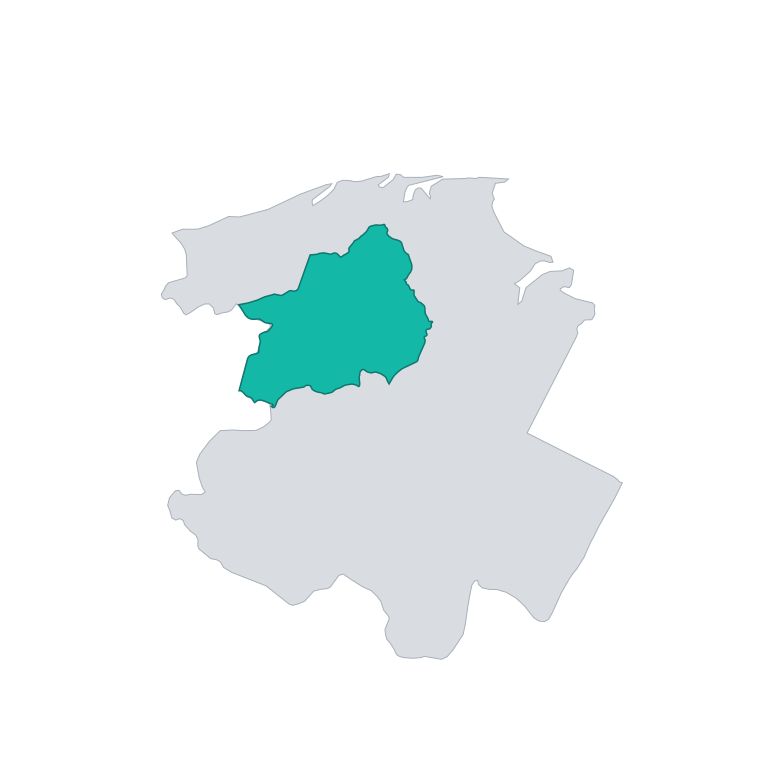 Ngounié highlighted on a map of Gabon, rotated 117°
{"feature_id": "GAB-2622", "entity_name": "Ngounié", "entity_type": "Province", "adm_level": 1, "iso_a3": "GAB", "parent_name": "Gabon", "parent_adm1": "", "projection": "orthographic", "projection_center": [11.097, -1.69], "detail": "fine", "context": "in_parent", "style": "filled", "palette": "teal", "viewbox_px": 768, "rotation_deg": 117, "n_neighbors": 0, "source": "natural_earth", "source_scale": "10m", "svg_char_len": 7253}
<svg xmlns="http://www.w3.org/2000/svg" viewBox="0 0 768 768"><g transform="rotate(117 384 384)"><path d="M524.8,138.3L524.4,144.1L517.9,158.2L514.8,169.1L514.1,180.8L515.9,190.1L519.1,196.8L521.1,204.0L519.5,209.1L516.4,211.3L518.5,213.8L523.3,214.4L531.4,212.2L543.9,208.4L560.3,202.8L571.1,199.8L588.8,201.7L598.3,203.9L603.2,207.8L608.4,224.5L611.1,227.0L615.4,234.1L619.0,242.7L619.7,247.0L619.3,250.1L615.7,254.7L611.7,261.5L610.2,265.6L606.8,268.6L602.5,271.6L590.7,272.8L588.8,274.6L585.5,281.8L579.3,287.9L576.4,293.7L573.9,301.4L574.4,311.0L573.1,324.7L571.9,334.1L575.0,337.3L589.2,339.6L591.9,341.5L595.7,347.2L600.5,352.6L613.5,356.1L618.5,360.2L622.6,364.8L623.2,368.5L620.2,383.4L617.4,397.8L618.5,408.7L619.5,419.1L621.0,434.3L620.3,443.6L616.7,449.3L616.6,453.7L618.3,459.0L615.0,473.8L612.9,476.3L607.1,479.1L604.1,483.0L603.1,489.3L599.9,497.8L596.7,500.9L596.7,504.9L599.8,507.8L599.7,512.2L593.9,517.5L590.4,521.6L582.7,523.5L573.9,521.4L571.8,518.5L573.9,513.9L573.2,510.2L570.1,506.4L565.4,496.4L561.3,494.3L558.9,498.4L551.7,505.9L539.0,515.6L530.1,516.3L513.7,513.4L499.9,508.7L493.4,497.4L489.4,488.0L483.5,477.1L476.9,471.9L469.8,468.6L466.7,468.4L456.6,474.5L453.6,476.9L453.6,481.9L454.5,486.7L456.1,489.0L457.4,492.0L457.2,496.8L455.4,503.1L454.7,510.1L423.1,516.9L417.7,514.4L413.7,511.3L408.9,511.8L395.2,515.4L390.2,512.9L385.1,511.1L382.9,512.6L382.6,515.6L385.0,532.0L384.2,538.3L381.1,546.5L379.5,552.0L387.9,553.6L390.9,556.1L393.9,560.3L397.9,564.1L398.2,566.5L393.6,570.8L392.0,576.1L394.2,580.2L399.9,584.5L408.2,589.0L412.3,591.9L411.9,594.6L408.0,600.3L406.5,605.2L403.9,609.5L404.4,613.6L408.2,617.3L407.8,620.7L405.2,623.2L400.1,622.7L395.7,623.0L391.7,622.0L379.4,609.0L376.7,608.6L358.9,618.6L354.4,622.7L350.8,628.6L345.8,641.4L337.7,634.0L330.7,620.4L322.5,612.0L305.3,598.5L300.8,588.6L281.1,566.6L252.8,544.7L232.4,525.7L229.3,521.5L232.7,522.0L252.5,531.5L255.1,530.4L257.4,528.3L248.9,523.3L240.8,519.4L233.1,517.0L225.5,517.2L221.2,513.2L218.4,507.0L217.0,501.8L213.6,496.3L202.8,485.1L200.2,480.7L194.2,474.7L197.8,474.0L209.4,479.6L210.5,477.4L209.5,474.0L197.8,468.6L191.5,468.3L190.0,464.5L190.9,460.1L182.5,443.7L173.8,431.4L172.5,425.5L195.9,452.3L199.0,452.7L203.1,452.5L212.8,449.5L210.9,445.9L206.6,442.1L202.3,443.8L196.8,444.2L193.9,442.6L192.6,439.9L198.1,426.9L195.8,427.5L194.0,429.8L191.0,430.9L186.3,431.6L174.8,424.7L164.6,405.9L161.9,402.0L159.2,395.5L156.5,392.8L144.8,366.1L149.3,368.1L154.6,375.8L165.0,374.2L169.0,369.7L172.5,369.9L176.2,368.8L180.7,364.6L194.0,346.2L197.5,321.9L196.3,307.5L194.4,293.2L198.8,288.7L200.5,291.7L201.4,296.8L203.4,300.5L208.2,303.9L216.9,304.8L230.5,310.1L235.4,313.4L236.7,306.7L252.3,300.9L247.6,298.9L233.7,301.2L214.6,292.6L208.3,287.1L202.4,276.8L196.3,271.4L196.7,266.6L210.4,262.1L214.0,262.6L215.5,267.9L219.2,270.1L220.6,269.4L221.2,264.8L221.2,252.6L217.1,235.0L218.3,231.7L222.1,230.5L225.4,228.1L227.8,227.7L232.4,228.1L234.7,232.2L236.0,234.4L240.6,235.5L244.5,237.6L247.8,237.0L250.5,234.5L254.6,234.0L267.0,234.0L278.3,234.0L300.8,234.1L323.3,234.2L345.9,234.2L362.8,234.3L362.7,224.3L362.7,208.8L362.6,190.6L362.5,173.1L362.4,156.9L362.2,137.7L363.2,132.2L364.3,130.0L363.9,126.8L381.3,126.6L412.8,128.0L426.6,127.8L430.5,128.1L447.7,127.1L461.6,128.4L467.6,129.7L472.9,130.4L489.6,131.2L511.4,130.2L518.8,130.5L522.9,133.1L524.8,138.3Z" fill="#d9dde1" stroke="#a8b0b8" stroke-width="1"/><path d="M455.1,474.4L454.1,473.4L453.2,473.1L452.8,474.3L453.5,483.2L454.2,486.5L456.0,489.2L459.2,490.7L458.8,492.1L457.3,494.4L456.7,495.7L456.6,496.9L457.2,500.3L456.6,502.7L455.5,505.6L454.9,508.2L455.8,510.1L423.0,517.1L420.4,516.8L417.9,515.1L415.1,511.6L413.6,510.5L412.7,510.0L410.1,511.3L406.6,512.4L403.6,513.0L401.8,513.7L399.0,516.3L397.6,517.1L396.2,517.0L394.7,516.2L391.9,514.0L391.3,513.3L391.0,512.6L390.5,511.9L389.3,511.3L385.1,510.1L382.1,510.0L381.9,510.0L381.2,511.6L383.0,516.5L383.3,518.3L382.7,522.9L382.7,524.3L383.4,526.1L385.5,529.4L386.3,531.3L386.7,533.4L386.7,535.1L386.3,536.8L385.5,538.9L379.5,548.8L379.3,549.4L373.5,541.9L366.9,535.1L360.4,529.8L355.6,524.4L354.0,522.9L353.6,522.2L352.1,516.5L351.7,515.7L351.0,514.9L344.1,510.7L343.5,510.0L343.0,509.3L342.8,508.5L342.6,507.6L342.4,506.8L341.9,506.0L341.3,505.2L340.5,504.5L339.5,504.1L338.3,503.7L302.5,508.4L299.2,503.1L298.0,501.7L297.6,501.5L297.3,501.2L296.9,500.8L294.7,497.5L294.2,496.3L292.7,490.6L292.5,490.2L292.2,489.9L290.7,488.8L290.0,488.0L289.5,487.1L289.2,485.9L289.2,485.0L289.4,484.1L290.4,481.4L290.5,480.6L290.3,479.7L289.4,479.2L287.7,478.6L286.0,477.2L282.5,475.3L281.8,475.3L281.0,475.7L280.2,476.3L279.4,476.7L278.6,476.9L277.7,476.8L271.8,475.4L270.2,475.4L269.3,475.0L268.4,474.2L267.5,473.7L265.7,472.4L263.0,471.7L260.4,470.3L256.3,468.9L254.6,468.7L251.8,468.6L251.1,468.5L250.3,468.2L249.6,467.6L248.8,466.9L246.0,463.5L245.6,462.7L244.6,460.1L244.1,459.3L243.0,457.7L241.8,456.5L241.7,455.8L242.4,455.0L243.2,454.4L243.6,453.6L243.7,452.8L243.9,451.9L244.7,450.9L245.5,450.4L246.3,450.2L247.1,450.2L247.9,450.1L248.6,449.7L249.3,448.6L250.0,446.9L250.5,444.3L250.6,442.8L250.6,441.7L249.7,437.4L249.5,435.8L249.5,434.2L249.8,433.3L250.3,432.4L256.1,426.8L257.3,424.4L257.7,421.1L264.8,413.7L267.3,412.1L268.4,411.7L269.7,411.3L271.8,411.2L273.1,411.3L275.0,411.7L279.9,411.8L280.9,412.4L281.8,413.2L282.4,412.6L282.7,411.8L282.9,411.0L283.3,410.4L284.1,410.0L284.6,409.4L284.8,408.7L284.8,407.9L285.0,407.1L285.5,406.3L286.2,405.6L287.3,404.1L287.7,403.2L287.9,402.4L287.7,401.7L287.2,401.0L286.9,400.4L286.9,400.0L287.0,399.8L287.4,399.4L290.5,398.0L291.2,397.6L291.6,397.1L294.9,391.4L295.1,390.6L294.9,389.0L294.9,388.2L295.2,386.6L295.9,384.0L296.4,383.2L297.2,382.5L301.4,380.0L302.4,379.2L303.2,378.3L305.6,374.7L306.2,374.0L306.9,373.5L307.5,372.9L307.7,372.2L307.5,371.5L306.5,369.9L306.4,369.2L306.9,368.9L308.9,369.3L309.8,368.9L310.4,368.4L311.2,368.0L312.1,367.9L313.3,368.1L314.2,368.4L314.9,369.3L315.3,370.0L316.1,370.6L317.0,370.8L318.1,370.5L318.8,369.9L319.9,368.5L320.6,368.0L321.5,368.0L323.2,369.2L324.0,369.5L324.7,369.1L325.8,367.7L326.5,367.1L327.4,366.8L329.0,366.3L343.9,365.5L347.2,364.7L348.2,364.7L349.3,365.0L362.1,374.8L366.8,377.0L371.7,378.7L374.4,379.1L381.6,379.5L380.1,381.9L377.8,384.5L377.2,385.6L376.8,386.5L376.3,391.3L376.3,392.1L376.6,393.5L376.8,395.5L377.0,396.4L377.3,397.2L377.8,398.0L379.4,399.7L379.6,400.0L379.9,400.5L380.4,402.1L380.6,403.2L380.8,404.8L380.6,406.2L380.3,407.8L380.5,409.2L381.1,410.0L381.9,410.3L383.5,410.7L384.4,410.8L385.2,410.5L386.9,409.8L389.3,409.2L395.0,405.6L395.9,405.3L396.7,405.1L397.5,405.2L397.8,405.5L397.8,405.9L397.6,406.6L397.6,407.9L397.8,409.7L398.5,412.2L399.0,413.1L401.9,417.2L403.3,418.6L407.3,421.4L410.3,424.3L411.0,424.8L414.2,426.2L414.9,426.6L416.6,428.3L419.5,431.9L420.0,432.8L420.1,433.3L420.1,434.9L420.2,435.8L421.4,439.8L421.7,442.8L421.5,444.8L421.3,445.5L420.8,446.4L420.3,447.0L419.7,447.6L419.5,447.9L419.3,448.3L419.1,448.7L419.2,449.5L419.4,450.5L420.2,452.3L421.0,453.0L421.9,453.5L422.7,453.8L423.4,454.4L428.9,461.9L430.0,463.1L435.1,467.4L436.0,467.8L446.2,471.4L447.0,471.4L452.8,470.9L453.6,470.9L454.4,471.1L455.0,471.4L455.4,472.6L455.1,474.4Z" fill="#14b8a6" stroke="#0f766e" stroke-width="1.5"/></g></svg>